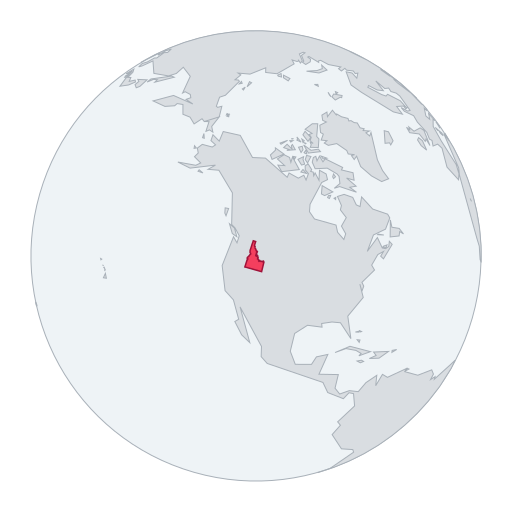 globe centered on Idaho, rotated 16°
{"feature_id": "USA-3518", "entity_name": "Idaho", "entity_type": "State", "adm_level": 1, "iso_a3": "USA", "parent_name": "United States of America", "parent_adm1": "", "projection": "orthographic", "projection_center": [-114.383, 45.496], "detail": "fine", "context": "on_globe", "style": "filled", "palette": "rose", "viewbox_px": 512, "rotation_deg": 16, "n_neighbors": 0, "source": "natural_earth", "source_scale": "10m", "svg_char_len": 11993}
<svg xmlns="http://www.w3.org/2000/svg" viewBox="0 0 512 512"><g transform="rotate(16 256 256)"><circle cx="256" cy="256" r="225" fill="#eef3f6" stroke="#a8b0b8"/><path d="M58.8,363.4L59.4,364.7L58.8,363.4ZM375.0,447.3L385.6,439.9L403.9,417.7L402.4,415.4L391.3,417.8L378.4,406.7L383.8,395.4L380.2,392.9L392.1,373.0L387.7,361.4L383.1,361.8L379.3,369.1L362.6,367.5L355.2,359.1L296.4,356.2L288.7,351.3L286.2,341.4L254.7,309.3L273.9,341.0L263.9,335.7L253.7,324.8L256.8,321.6L246.4,304.4L235.8,297.8L226.1,274.5L229.1,243.7L234.1,248.6L234.3,241.1L228.0,234.7L223.9,232.4L215.9,201.8L196.7,183.8L186.0,185.9L192.0,179.8L168.4,189.7L155.0,187.2L173.1,185.4L177.2,181.8L169.5,177.5L172.1,172.9L169.9,168.4L173.6,163.5L183.9,163.3L186.5,160.3L180.9,157.5L181.2,151.3L189.0,155.7L190.2,145.4L207.6,144.4L225.5,162.3L238.1,159.3L264.3,171.7L264.9,167.1L275.2,169.5L279.7,165.2L283.2,169.2L283.7,162.4L279.6,159.6L278.4,155.8L280.7,153.1L285.7,157.6L285.2,159.6L287.9,159.6L289.4,163.0L289.9,159.8L295.7,165.9L293.4,156.1L300.8,157.8L303.7,162.9L298.9,167.2L293.7,191.4L295.2,198.7L302.0,204.3L324.4,204.2L327.9,210.7L335.9,215.9L336.1,209.9L329.9,203.7L332.2,194.2L324.4,188.4L324.2,183.9L317.9,176.3L323.7,172.5L332.8,173.0L338.3,179.2L342.4,179.8L341.2,170.1L355.2,178.7L371.0,179.5L374.1,182.5L373.1,194.5L363.1,203.4L361.7,220.9L367.6,204.8L375.2,213.5L378.6,213.2L381.0,210.2L380.1,205.1L383.7,207.3L379.3,223.6L375.9,221.8L377.3,216.5L372.7,221.0L369.7,232.9L373.8,236.8L365.1,252.1L367.9,255.3L367.5,260.7L363.6,254.4L370.5,266.3L360.8,288.5L370.0,309.3L355.6,296.9L347.2,298.5L337.7,302.8L339.1,306.2L324.6,308.4L314.5,319.8L315.2,338.1L323.6,349.3L339.2,344.9L341.9,336.3L352.2,330.8L349.1,352.3L367.8,347.3L368.4,361.3L374.5,365.6L382.8,359.7L391.7,358.2L396.6,347.4L405.0,337.4L406.8,347.7L410.2,334.9L415.8,336.4L431.6,322.7L430.8,326.2L444.4,326.0L456.3,317.0L459.1,320.6L457.9,326.6L461.4,322.6L461.4,325.3L472.7,307.1L476.2,301.2L474.6,310.3L468.7,330.3L467.8,332.7L461.6,348.1L454.2,363.1L445.7,377.5L436.2,391.2L425.7,404.2L414.3,416.3L401.9,427.6L388.8,437.9L375.0,447.3ZM115.3,319.0L116.0,314.2L118.3,318.6L115.3,319.0ZM114.7,310.4L114.8,312.2L114.3,310.5L114.7,310.4ZM113.1,308.6L114.2,309.9L112.8,308.9L113.1,308.6ZM110.9,306.7L112.2,307.6L110.9,306.7ZM371.2,316.9L392.4,316.4L382.4,323.6L383.9,320.7L378.1,319.2L368.0,320.2L358.6,327.0L371.2,316.9ZM108.0,302.4L107.3,301.2L108.6,301.5L108.0,302.4ZM376.0,300.8L372.5,301.7L375.7,299.9L376.0,300.8ZM221.6,232.3L227.6,235.1L232.3,242.8L227.0,240.9L221.6,232.3ZM213.1,218.2L216.6,217.9L216.1,225.6L214.2,223.3L213.1,218.2ZM177.6,188.8L182.1,190.8L176.9,190.5L177.6,188.8ZM168.9,168.6L166.8,169.6L166.5,166.9L168.9,168.6ZM315.1,179.0L316.5,177.7L317.0,179.8L315.1,179.0ZM311.1,177.1L310.7,180.5L308.7,180.1L309.0,178.0L311.1,177.1ZM172.0,157.0L172.2,152.6L173.8,157.1L172.0,157.0ZM312.2,173.2L305.3,179.0L301.8,178.3L300.2,170.1L312.2,173.2ZM173.5,150.0L173.8,139.8L169.2,141.0L182.3,132.4L177.7,143.7L180.4,148.8L176.5,147.6L173.5,150.0ZM277.3,159.9L281.8,162.7L276.0,162.9L277.3,159.9ZM273.8,161.0L257.5,167.8L252.0,162.6L258.6,161.2L249.8,156.8L255.1,150.9L261.1,152.0L263.7,156.4L263.8,150.8L273.8,161.0ZM189.5,129.6L191.2,127.3L191.4,129.7L189.5,129.6ZM277.5,154.3L274.7,156.0L269.7,151.5L274.4,147.4L274.5,150.1L277.5,154.3ZM244.8,158.7L242.0,154.9L245.5,149.0L244.8,146.7L254.7,150.3L244.8,158.7ZM276.8,149.8L276.9,145.4L281.4,145.2L279.9,152.4L276.8,149.8ZM266.4,152.2L264.3,150.0L267.0,149.8L266.4,152.2ZM297.1,142.4L293.8,144.2L291.0,142.0L297.1,142.4ZM276.7,143.8L275.2,143.9L273.7,143.4L274.7,140.6L276.7,143.8ZM256.5,146.0L258.6,144.5L252.7,144.2L255.1,140.0L261.2,143.3L259.6,140.1L260.3,138.8L264.5,143.0L256.5,146.0ZM271.2,136.1L279.8,139.2L286.5,136.1L289.2,137.9L278.0,142.6L271.2,136.1ZM266.9,139.7L270.2,137.8L271.9,140.9L270.8,144.1L266.9,139.7ZM254.5,136.1L249.2,141.7L248.0,140.8L254.5,136.1ZM272.8,134.5L270.6,133.8L273.0,133.9L272.8,134.5ZM259.7,134.9L258.0,136.9L256.7,135.8L259.7,134.9ZM267.8,130.9L270.6,131.8L269.9,133.9L267.8,130.9ZM263.8,132.2L262.5,130.3L268.0,134.1L263.3,133.3L263.8,132.2ZM258.8,133.5L257.5,133.6L259.7,132.8L258.8,133.5ZM268.8,122.6L275.9,126.9L274.4,131.5L267.7,126.6L268.8,122.6ZM474.2,200.1L472.4,197.6L467.9,185.0L463.3,177.9L429.4,122.4L426.5,115.4L404.7,89.0L402.7,86.6L409.9,92.1L403.5,85.7L416.0,97.4L427.5,110.0L438.1,123.4L447.6,137.5L456.0,152.4L463.3,167.8L469.4,183.8L474.2,200.1ZM367.0,60.0L366.5,59.8L344.9,49.2L327.7,42.5L347.8,50.3L367.0,60.0ZM324.5,41.4L323.8,41.2L332.8,44.9L324.2,42.4L335.4,46.3L333.8,45.2L340.7,47.9L342.6,49.1L339.5,48.1L344.5,50.7L358.0,55.9L357.8,55.3L373.2,64.3L374.4,64.4L379.9,67.9L380.1,69.1L377.1,67.7L380.7,74.6L385.3,76.7L382.2,70.6L384.9,72.9L391.0,76.6L388.5,75.7L390.6,82.6L402.0,94.0L423.2,112.9L428.4,120.9L429.7,126.9L415.1,117.9L405.1,101.1L399.8,98.4L395.9,101.5L393.3,96.4L390.5,95.8L386.1,90.1L374.2,82.8L368.9,77.7L358.7,76.0L354.6,73.3L361.8,74.9L364.0,73.6L350.2,62.6L345.9,60.8L340.3,60.7L337.2,58.0L333.6,59.5L322.9,54.7L332.9,62.0L326.7,63.0L317.2,61.1L317.0,63.0L332.4,66.2L336.9,66.4L337.9,64.3L351.9,67.0L357.8,70.7L350.0,73.5L357.6,79.3L348.3,79.6L312.3,69.6L300.2,65.4L291.9,54.1L297.9,53.6L303.9,57.3L303.5,52.1L301.1,53.3L298.5,51.3L291.9,52.4L289.7,51.1L287.1,54.6L283.7,53.2L285.4,50.9L272.8,52.0L264.2,50.1L262.4,51.1L262.9,52.6L251.8,49.6L250.9,50.5L254.2,51.8L254.6,54.4L251.0,58.2L247.4,57.0L248.2,55.4L244.4,50.6L247.1,47.2L245.2,47.1L242.0,49.8L246.7,55.6L245.5,58.3L242.4,55.6L243.5,56.7L241.8,57.7L236.7,57.6L239.7,60.8L226.0,75.0L214.7,76.9L213.5,72.4L200.1,82.8L188.4,85.1L191.5,86.1L187.2,92.4L190.7,91.7L191.9,92.7L182.3,109.9L177.2,113.4L176.6,123.0L178.1,123.7L181.9,121.5L182.3,132.4L169.2,141.0L166.3,138.9L160.1,146.1L154.3,140.7L146.7,139.9L144.0,130.5L138.2,131.2L136.4,134.0L127.2,137.3L114.3,135.3L132.5,124.4L153.4,127.3L145.6,124.7L149.7,121.8L148.3,118.8L142.6,117.6L140.5,119.6L143.3,101.4L134.1,94.6L129.1,102.5L122.3,107.0L107.5,108.6L103.2,96.9L94.1,104.7L91.1,106.5L93.6,102.3L98.1,99.4L103.9,93.6L106.0,93.0L111.6,85.9L114.9,84.7L117.6,80.3L112.6,83.7L106.5,90.0L107.4,87.3L96.5,97.2L92.0,101.5L103.3,90.4L115.3,80.1L128.0,70.6L141.3,62.1L155.2,54.5L169.6,48.0L184.4,42.4L199.6,37.9L215.0,34.5L230.7,32.1L246.4,30.9L262.3,30.8L278.0,31.8L293.7,33.9L309.2,37.1L324.5,41.4ZM446.0,141.7L448.1,144.1L446.0,141.7ZM297.4,34.6L298.5,34.8L290.5,33.5L289.5,33.5L294.2,34.4L308.0,36.9L305.7,36.3L297.4,34.6ZM432.1,322.2L434.2,322.5L431.8,324.8L432.1,322.2ZM382.1,329.1L386.1,327.1L388.5,327.7L385.7,329.9L382.1,329.1ZM412.9,309.2L417.0,307.1L413.2,311.2L412.9,309.2ZM395.5,315.9L409.7,311.2L402.4,320.3L393.2,323.3L398.9,318.5L395.5,315.9ZM376.3,308.6L379.1,308.1L379.0,310.6L376.3,308.6ZM378.3,299.5L377.4,300.2L375.6,299.1L378.3,299.5ZM375.4,212.5L375.9,211.3L378.9,209.2L378.6,212.0L375.4,212.5ZM386.0,190.0L391.7,194.1L387.4,192.9L388.0,197.3L379.7,200.7L375.2,184.3L378.7,190.9L386.0,190.0ZM367.4,201.3L373.1,200.6L367.0,202.0L367.4,201.3ZM379.3,99.9L379.7,97.4L384.2,99.3L390.9,107.2L384.4,104.4L379.3,99.9ZM379.3,93.7L369.7,95.1L365.2,90.7L369.4,92.8L367.3,89.8L373.5,92.5L378.5,87.6L382.8,89.0L392.8,101.9L387.2,96.7L387.1,99.2L379.3,93.7ZM353.2,110.4L349.0,112.1L344.7,100.2L349.1,100.1L356.0,107.5L354.9,112.1L353.2,110.4ZM310.6,157.9L309.2,160.2L307.9,158.8L307.9,155.8L310.6,157.9ZM295.8,143.5L314.9,147.0L314.4,149.7L326.3,149.2L329.4,156.1L321.6,156.1L333.0,161.3L327.2,164.1L335.0,167.0L317.3,166.2L312.6,169.3L316.7,163.2L313.9,156.6L311.3,154.8L300.3,151.9L288.8,155.8L284.2,150.3L284.0,145.5L286.0,143.7L288.4,147.7L289.5,142.5L294.4,147.0L295.8,143.5ZM284.5,98.1L286.3,102.4L289.3,94.8L294.3,98.3L294.4,97.2L299.8,98.6L306.5,98.4L308.0,100.6L310.0,99.7L313.6,100.7L316.7,100.2L320.7,104.1L324.9,103.9L324.4,105.9L330.5,104.6L327.7,107.3L332.2,109.3L332.5,105.6L346.2,130.1L354.1,139.0L362.2,145.2L356.3,149.8L345.0,147.2L332.0,141.2L325.2,132.3L323.8,136.2L320.1,133.2L322.8,131.4L316.5,132.5L314.2,129.6L302.6,125.7L295.0,129.7L290.5,128.6L292.4,125.6L286.7,126.6L287.1,120.3L284.0,119.5L281.3,112.7L286.7,107.8L282.7,107.2L280.5,102.4L284.5,98.1ZM268.3,120.6L273.6,113.4L278.9,111.9L281.4,124.4L284.2,126.1L286.0,134.5L278.2,136.6L278.4,133.9L276.8,131.8L279.9,132.0L276.2,130.3L276.4,126.7L273.6,124.5L276.1,122.7L268.3,120.6ZM397.6,82.5L395.6,80.6L391.8,77.3L395.6,79.8L397.6,82.5ZM399.4,87.2L397.2,85.1L400.7,86.5L402.8,88.8L399.4,87.2ZM392.9,83.0L396.8,84.9L396.0,85.2L392.9,83.0ZM359.4,73.2L356.6,71.3L357.5,71.0L360.4,71.9L359.4,73.2ZM294.5,78.0L294.7,80.2L293.2,80.2L289.2,84.2L285.2,82.1L286.0,78.9L294.5,78.0ZM289.5,76.4L288.3,78.2L287.0,76.1L289.5,76.4ZM282.1,80.9L280.1,78.7L284.3,82.3L282.1,80.9ZM253.6,64.4L263.6,60.9L268.1,57.6L266.5,54.4L273.0,57.7L266.1,62.7L253.6,64.4ZM229.8,73.7L231.2,76.9L227.8,77.0L227.0,76.2L229.8,73.7ZM232.6,74.6L239.7,76.0L238.7,78.8L233.3,77.1L232.6,74.6ZM264.9,75.0L268.1,74.0L269.1,75.7L264.9,75.0ZM56.7,360.7L58.9,364.7L57.2,361.8L56.7,360.7ZM59.3,364.6L57.3,361.3L58.8,363.4L59.3,364.6ZM81.0,118.7L83.8,116.2L81.9,119.8L80.5,120.4L81.0,118.7ZM78.4,130.3L82.3,119.9L86.0,112.4L83.2,115.8L80.9,116.6L87.1,110.0L87.0,113.3L83.6,119.6L86.5,118.9L86.0,123.1L91.3,120.2L92.2,121.9L86.4,126.7L78.4,130.3ZM93.7,118.8L102.7,116.7L97.6,125.0L94.5,127.3L92.5,124.6L95.3,120.4L93.7,118.8ZM103.4,118.8L106.2,114.8L125.3,106.3L128.1,106.7L110.8,116.8L112.6,113.7L108.8,114.5L103.4,118.8ZM188.9,127.0L190.9,127.3L188.6,128.6L188.9,127.0ZM193.9,92.2L195.1,93.8L192.4,95.2L193.9,92.2ZM196.8,99.2L199.1,96.6L198.2,99.9L196.8,99.2ZM204.0,90.7L200.8,95.8L201.7,90.2L204.0,90.7Z" fill="#d9dde1" stroke="#a8b0b8" stroke-width="1"/><path d="M249.2,242.1L251.7,242.2L251.6,246.1L251.8,246.3L251.9,246.5L252.0,246.7L252.1,246.8L252.2,247.0L252.3,247.1L252.4,247.3L252.5,247.3L252.5,247.5L252.5,247.8L252.4,247.8L252.5,248.0L252.5,248.3L252.4,248.3L252.5,248.3L252.8,248.5L253.0,248.8L253.4,249.0L253.5,249.0L253.6,249.3L253.8,249.5L254.2,250.0L254.3,250.2L254.5,250.3L254.5,250.5L254.7,250.8L254.8,250.9L255.0,251.0L255.3,251.1L255.3,251.3L255.4,251.5L255.5,251.5L255.7,251.4L255.7,251.5L255.8,251.5L255.9,251.4L256.1,251.4L256.2,251.5L256.1,251.8L256.1,252.0L256.0,252.3L255.9,252.5L255.9,252.8L255.8,253.0L255.9,253.3L255.7,253.3L255.8,253.6L255.7,253.8L255.8,253.9L255.8,254.0L256.0,254.1L255.9,254.2L255.9,254.3L256.0,254.4L256.0,254.5L255.9,254.6L255.7,254.6L255.6,254.8L255.6,255.0L255.7,255.3L255.6,255.5L255.8,255.8L256.1,256.0L256.4,256.0L256.4,255.9L256.5,255.8L256.8,255.7L256.9,255.4L257.1,255.4L257.0,255.2L257.3,255.4L257.4,255.5L257.6,255.5L257.6,255.8L257.7,256.0L257.7,256.3L257.8,256.4L257.8,256.7L258.0,256.9L258.0,257.0L258.2,257.3L258.3,257.3L258.3,257.5L258.4,257.4L258.4,257.5L258.5,257.5L258.6,257.8L258.6,258.1L258.6,258.3L258.6,258.5L258.8,258.6L259.0,258.7L259.3,258.7L259.5,258.8L259.6,259.0L259.7,259.3L259.8,259.3L259.7,259.4L259.7,259.5L259.8,259.6L259.9,259.8L259.9,260.0L260.0,260.1L260.3,260.3L260.4,260.2L260.6,259.9L260.8,259.8L261.2,259.9L261.3,259.9L261.5,260.0L261.7,259.8L261.7,259.7L261.8,259.7L262.0,259.6L262.3,259.6L262.7,259.6L262.8,259.6L263.0,259.6L263.3,259.7L263.6,259.5L263.9,259.5L264.1,259.6L264.1,259.4L264.1,259.2L264.2,258.9L264.3,258.8L264.5,258.8L264.7,259.1L264.8,259.1L264.9,259.3L265.0,259.4L265.0,259.5L265.3,259.7L265.7,269.5L248.3,269.6L248.5,262.6L248.5,262.4L248.7,262.2L248.7,261.8L248.8,261.7L248.7,261.4L248.8,261.3L248.9,261.2L248.8,260.9L248.7,260.9L248.7,260.7L248.4,260.6L248.2,260.7L248.1,260.4L248.1,260.2L248.1,259.8L248.2,259.7L248.3,259.6L248.4,259.3L248.5,259.1L248.6,258.9L248.8,258.7L249.1,258.4L249.2,258.2L249.2,257.9L249.2,257.7L249.5,257.3L249.6,257.1L249.6,256.9L249.7,256.7L249.8,256.4L249.9,256.2L250.1,256.0L250.1,255.9L250.2,255.6L250.3,255.6L250.3,255.4L250.2,255.2L250.1,254.9L249.9,254.8L249.8,254.7L249.7,254.6L249.4,254.4L249.2,254.0L249.2,253.9L249.1,253.7L249.1,253.4L249.1,253.2L249.0,252.9L248.9,252.6L248.8,252.4L248.8,252.2L248.8,251.5L248.9,250.2L249.0,245.8L249.1,244.6L249.2,242.1Z" fill="#f43f5e" stroke="#9f1239" stroke-width="1.5"/></g></svg>